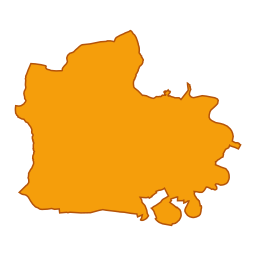 Farcasa, Maramures, Romania
{"feature_id": "2599482B60199590435941", "entity_name": "Farcasa", "entity_type": "district", "adm_level": 2, "iso_a3": "ROU", "parent_name": "Romania", "parent_adm1": "Maramures", "projection": "natural_earth1", "projection_center": [23.328, 47.604], "detail": "fine", "context": "isolated", "style": "filled", "palette": "amber", "viewbox_px": 256, "rotation_deg": 0, "n_neighbors": 0, "source": "geoboundaries", "source_scale": "gbopen_adm2", "svg_char_len": 5760}
<svg xmlns="http://www.w3.org/2000/svg" viewBox="0 0 256 256"><path d="M140.6,220.0L141.3,220.3L142.7,220.3L143.5,220.1L144.8,219.5L146.1,218.7L146.9,218.0L148.5,215.8L147.2,213.3L147.1,212.3L146.7,210.1L145.3,206.4L144.8,205.4L142.1,202.4L141.6,199.8L140.1,197.3L145.8,197.7L147.2,197.6L148.2,197.1L149.3,198.1L151.9,196.6L151.7,196.2L155.0,193.6L156.5,192.7L156.1,191.4L158.8,190.3L160.6,190.1L162.9,189.3L164.5,188.2L167.3,193.8L168.5,196.0L166.1,197.6L163.3,199.1L162.2,200.0L161.2,201.3L161.1,201.7L160.0,202.6L155.8,205.5L153.3,206.8L152.4,207.8L151.4,208.2L152.8,209.6L154.1,211.6L154.6,213.4L156.1,216.6L156.5,218.1L155.4,218.8L156.2,219.9L157.7,221.3L159.2,222.4L162.6,223.8L171.6,225.4L172.4,223.7L173.6,223.7L175.6,223.2L175.9,222.8L176.8,222.4L177.3,221.8L179.2,220.1L180.5,217.7L181.1,215.8L181.1,214.5L180.8,211.9L180.1,210.1L179.6,209.5L176.9,207.2L176.5,207.6L173.8,205.3L169.8,202.4L171.4,200.6L170.8,199.8L171.0,198.9L176.6,197.1L177.6,197.0L177.5,200.7L182.6,200.7L183.7,200.2L183.9,202.0L183.8,203.0L185.2,202.6L187.9,201.0L188.8,201.0L188.7,201.2L188.8,201.2L188.6,202.0L186.8,205.8L185.7,207.7L185.0,209.6L184.9,211.1L185.6,212.7L187.5,215.3L189.7,216.7L192.2,217.4L193.8,217.5L196.4,216.9L198.9,215.7L200.1,214.4L200.4,213.7L201.0,211.1L201.1,209.4L201.5,207.9L201.4,206.3L201.2,205.8L200.2,205.8L200.0,204.0L199.6,203.0L199.3,201.0L198.4,200.4L198.2,199.8L196.7,198.6L195.8,196.9L194.9,195.7L194.3,194.0L194.3,192.9L194.6,192.6L194.2,191.5L196.7,191.7L199.4,192.3L201.6,192.3L202.2,192.2L203.4,191.3L204.6,189.9L206.3,187.1L207.7,187.2L210.2,188.3L211.7,189.3L213.0,189.0L214.5,189.8L215.5,189.8L216.7,189.0L216.8,188.5L216.7,187.0L215.3,184.9L215.4,184.5L216.0,183.9L218.1,184.0L219.2,184.6L220.5,185.1L222.1,185.0L224.0,184.6L225.7,183.8L226.2,183.6L227.4,182.5L227.9,181.6L229.0,179.0L229.2,177.5L229.1,175.3L229.0,174.5L228.3,172.1L227.9,171.4L225.8,168.7L221.4,167.2L215.5,164.7L215.7,164.1L215.6,161.7L216.2,161.7L217.7,160.0L218.6,159.6L221.7,157.4L222.9,157.0L223.5,154.4L223.2,153.8L224.6,151.1L225.4,149.6L225.8,149.2L228.6,147.8L229.3,146.4L229.7,145.3L230.3,145.9L235.0,147.4L238.4,148.9L240.6,144.8L239.4,144.1L239.5,144.0L239.2,143.6L238.6,143.1L237.1,142.7L235.5,142.8L232.3,141.1L233.2,136.4L232.6,133.4L231.6,130.9L230.2,128.9L227.3,126.2L223.5,124.4L220.4,123.5L215.7,122.6L211.9,120.7L210.1,119.3L209.1,117.3L209.2,114.9L209.9,112.0L210.9,110.1L215.9,105.5L217.6,103.6L218.2,100.4L217.4,99.0L214.9,97.8L206.0,96.1L202.2,95.7L193.6,97.7L191.5,97.2L189.9,95.7L189.3,94.2L189.8,91.7L190.8,89.2L190.3,88.3L190.3,86.9L189.9,86.7L190.0,86.5L189.8,85.8L189.8,84.9L189.2,84.7L188.0,83.5L187.5,83.2L187.6,84.9L188.2,89.5L188.1,90.4L181.0,99.5L179.4,98.0L179.0,97.8L174.8,97.8L173.8,97.3L171.1,96.6L170.4,96.1L169.6,95.8L168.9,96.1L168.3,95.9L168.1,95.5L168.2,94.9L169.9,92.7L170.3,91.8L170.0,91.3L169.3,91.3L168.7,90.9L168.5,90.4L167.9,90.5L167.9,90.2L166.2,91.5L165.5,91.0L165.3,91.1L165.4,91.3L165.1,91.5L165.0,92.0L164.4,91.4L164.2,91.6L164.7,92.1L164.3,92.3L165.0,92.8L164.6,93.2L164.6,93.5L164.9,94.9L165.6,94.8L165.5,95.2L164.3,95.1L163.8,95.3L162.6,95.1L161.9,95.5L161.6,96.2L160.7,96.6L160.2,96.4L158.4,96.7L156.3,96.6L154.6,97.9L153.4,98.4L151.6,98.0L149.3,97.2L146.4,95.8L143.4,95.3L142.5,95.4L137.9,90.7L134.5,88.0L133.8,87.0L133.4,83.9L133.5,81.9L134.0,79.9L134.3,79.9L134.6,79.5L134.7,78.8L135.1,78.1L135.1,77.5L135.5,77.1L136.1,75.5L135.9,74.6L137.3,72.5L137.5,71.8L138.2,70.7L138.2,69.8L139.0,68.1L139.3,67.1L139.9,66.1L140.8,65.5L142.2,63.9L142.8,62.4L142.8,61.4L143.2,60.5L143.3,59.8L142.0,57.5L141.5,57.1L141.6,56.1L140.8,55.4L140.2,54.1L139.8,53.9L139.7,53.5L139.2,53.0L139.1,52.0L139.3,51.0L139.2,48.1L138.9,46.5L138.3,44.7L138.1,43.3L137.5,41.8L137.6,41.6L136.1,37.5L134.6,35.0L133.2,33.8L131.8,31.6L131.0,30.9L130.3,30.6L129.1,31.5L125.1,33.0L123.9,33.7L120.0,35.4L116.3,37.5L115.8,38.1L115.2,39.0L114.6,40.8L114.0,41.6L110.6,40.9L107.3,40.9L106.9,41.0L106.7,41.3L106.1,41.4L100.5,41.8L90.1,43.9L82.5,44.7L81.3,45.1L79.5,46.4L77.8,48.0L75.6,49.9L73.9,51.7L72.5,52.5L69.8,53.3L67.9,55.1L67.5,55.8L66.8,57.8L66.8,58.5L67.4,61.5L67.2,62.3L66.2,64.0L64.4,65.8L62.8,67.9L62.3,69.0L62.3,70.2L62.2,70.5L61.9,70.7L56.1,70.9L51.1,70.5L49.3,69.8L47.5,69.4L47.0,69.2L45.9,68.0L45.8,67.3L46.1,66.3L45.8,65.9L45.3,65.7L41.0,64.7L35.3,63.9L30.9,63.6L28.1,70.1L26.7,74.0L25.7,76.2L25.8,77.5L25.4,78.6L25.7,80.2L25.4,84.4L25.5,85.8L25.7,86.6L25.8,87.6L25.4,89.2L24.3,91.2L23.9,93.4L24.1,94.9L24.6,96.7L24.7,98.6L25.8,100.2L25.9,100.7L25.3,102.1L24.5,102.9L24.0,103.8L21.1,105.7L18.9,106.1L15.7,105.7L15.4,108.6L15.4,110.0L15.7,113.2L16.4,114.3L16.7,115.1L17.9,116.1L18.0,116.5L17.9,116.9L21.7,118.9L23.5,119.2L24.1,119.4L24.5,120.0L24.6,120.4L25.3,121.1L25.6,121.8L27.4,122.6L28.1,123.2L29.0,124.7L30.6,126.8L31.6,128.9L31.9,130.1L31.7,131.6L31.8,132.7L32.0,133.4L32.8,134.2L33.1,135.0L33.0,135.6L32.3,136.8L32.4,138.9L32.9,139.5L32.7,139.9L32.9,140.7L33.4,141.1L33.1,141.8L33.7,142.6L33.8,143.2L33.5,143.7L33.3,144.9L33.3,147.8L33.1,148.6L33.6,149.0L33.3,149.8L34.4,151.6L33.8,152.2L33.8,153.6L32.9,155.8L32.7,158.6L32.8,158.9L33.3,159.1L33.4,159.3L33.0,160.1L33.6,161.7L33.6,163.8L31.6,168.5L30.9,169.1L28.6,173.3L28.7,173.8L28.4,176.8L28.1,177.8L28.7,179.5L28.8,181.6L28.7,182.6L27.2,184.8L26.4,185.3L19.2,192.4L21.0,193.6L22.4,194.3L25.2,194.8L26.6,195.5L28.3,197.1L30.7,201.2L32.7,204.1L35.5,206.9L38.1,207.9L39.5,208.9L40.3,209.2L42.1,209.4L47.6,209.1L51.6,208.5L54.6,209.3L59.2,208.9L59.7,212.9L66.6,212.3L67.9,212.7L69.9,212.2L80.9,212.9L90.5,212.7L99.0,210.4L102.9,209.6L103.1,209.7L106.1,210.2L115.6,211.3L117.6,211.6L118.3,211.6L118.9,211.8L120.6,212.0L124.0,212.2L131.3,213.4L136.9,214.0L137.6,216.9L142.3,214.9L141.5,218.3L140.6,219.6L140.6,220.0Z" fill="#f59e0b" stroke="#b45309" stroke-width="1.5"/></svg>